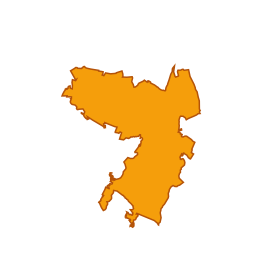 Suplac, Mures, Romania, rotated 34°
{"feature_id": "2599482B50332129802710", "entity_name": "Suplac", "entity_type": "district", "adm_level": 2, "iso_a3": "ROU", "parent_name": "Romania", "parent_adm1": "Mures", "projection": "orthographic", "projection_center": [24.521, 46.387], "detail": "fine", "context": "isolated", "style": "filled", "palette": "amber", "viewbox_px": 256, "rotation_deg": 34, "n_neighbors": 0, "source": "geoboundaries", "source_scale": "gbopen_adm2", "svg_char_len": 5980}
<svg xmlns="http://www.w3.org/2000/svg" viewBox="0 0 256 256"><g transform="rotate(34 128 128)"><path d="M207.6,191.3L207.4,190.9L206.6,190.7L207.3,188.2L205.6,183.9L202.1,180.3L201.1,177.5L200.6,176.8L200.5,175.9L200.8,174.6L200.4,173.3L200.8,170.6L200.4,163.5L199.9,162.1L197.9,159.6L197.5,157.7L196.7,155.8L196.6,152.8L197.5,150.5L199.5,150.3L201.3,149.2L201.5,148.1L202.8,146.4L204.3,142.1L198.6,141.0L196.9,139.3L196.1,136.8L196.3,135.5L194.9,133.6L195.2,132.3L194.4,131.4L195.5,127.1L194.5,124.9L193.1,123.6L191.1,122.7L190.5,122.8L189.6,124.5L188.8,124.5L188.6,123.8L187.7,123.6L187.2,122.4L187.1,119.9L187.0,119.4L187.6,119.5L188.5,120.8L188.6,120.6L188.7,119.6L187.9,118.1L188.3,117.5L189.2,117.8L191.9,117.6L194.7,118.8L196.9,118.9L197.1,118.5L196.9,112.9L194.3,113.0L193.5,110.5L193.3,110.1L192.8,110.0L191.4,102.5L189.1,102.7L187.1,102.1L181.2,102.0L179.8,102.8L178.7,104.6L177.8,105.1L177.2,105.1L176.6,104.6L176.7,103.3L176.5,103.1L174.9,103.6L174.8,103.0L174.4,102.8L171.9,103.3L172.2,101.7L173.6,99.7L172.8,98.9L171.0,101.1L170.1,99.1L168.9,97.0L168.1,96.3L166.8,94.0L165.8,92.9L164.9,90.0L165.0,88.8L167.3,87.4L168.6,87.6L169.5,87.4L171.7,88.6L172.7,86.4L176.1,81.2L177.6,78.7L178.0,77.1L179.6,75.7L178.9,75.4L178.1,74.5L178.2,74.2L177.7,73.4L177.9,73.1L176.9,72.6L176.4,72.1L171.9,65.6L168.9,63.1L165.1,59.4L162.3,58.2L161.1,56.9L158.3,54.9L150.6,50.6L145.6,45.8L142.2,48.8L140.8,48.5L140.1,49.2L139.2,50.7L137.1,52.2L137.6,53.7L140.7,56.5L140.7,56.8L139.1,59.1L138.3,59.0L134.4,55.9L131.8,50.5L131.6,53.1L131.7,54.1L133.1,56.5L133.4,59.5L135.2,65.3L136.2,69.2L136.6,69.9L136.7,72.0L137.1,73.7L138.1,75.8L138.1,76.1L137.9,76.5L136.2,76.9L136.0,77.3L134.2,77.9L132.2,78.0L129.8,77.5L129.2,77.8L128.9,77.6L125.9,77.5L121.5,78.1L121.1,77.4L120.6,77.3L119.2,77.4L119.0,78.1L118.7,77.5L118.4,77.6L118.4,78.4L118.0,77.6L118.1,78.5L117.9,79.3L114.8,79.2L114.4,80.7L112.0,84.7L111.9,85.6L112.1,87.2L111.4,89.3L111.0,90.1L110.1,90.8L108.0,89.0L105.3,87.6L104.9,86.8L103.8,83.9L102.8,83.2L98.6,86.6L95.0,88.8L94.9,88.0L93.5,86.1L91.1,84.1L87.4,88.8L87.5,89.4L83.3,92.8L78.6,94.9L78.7,98.1L77.0,98.5L76.9,97.2L75.9,95.3L71.8,97.2L71.5,96.6L63.9,100.1L60.0,101.6L58.5,101.7L57.6,101.3L56.8,102.0L56.6,102.7L56.7,103.0L56.5,103.9L56.1,104.2L56.1,104.7L52.8,106.7L52.1,106.4L50.9,107.0L50.2,108.9L48.4,112.7L57.7,117.4L58.0,116.7L58.1,117.6L57.8,117.7L57.9,118.1L54.9,119.0L56.2,121.7L57.9,123.5L59.9,126.7L58.0,127.3L56.4,125.5L55.4,126.8L55.5,127.6L56.1,128.7L55.6,129.5L56.2,130.2L55.7,130.0L55.5,129.2L54.6,130.0L54.8,130.5L54.3,131.0L54.8,132.0L54.6,133.1L55.0,136.6L55.4,138.3L59.5,135.4L59.8,136.4L63.7,133.8L64.5,135.1L64.0,135.8L64.8,136.1L65.3,138.2L66.1,139.1L67.0,139.5L68.4,139.7L71.2,138.6L73.5,139.0L74.0,139.5L74.2,140.4L75.4,141.1L76.2,140.8L76.7,140.0L80.0,137.4L83.1,138.8L83.6,140.9L80.8,141.4L80.9,141.8L81.6,142.0L83.3,141.8L85.4,143.0L87.7,143.6L88.1,143.1L89.4,143.8L90.3,142.5L88.2,141.3L94.5,141.2L106.2,140.5L107.7,140.8L108.2,141.2L108.5,140.9L108.3,140.7L109.0,140.3L107.8,138.6L106.7,139.5L105.4,138.2L106.3,137.1L105.8,136.5L116.1,134.3L118.4,133.4L119.5,138.2L119.9,138.8L122.6,137.6L123.4,137.5L123.5,135.9L123.8,135.6L125.3,135.5L127.2,142.0L131.0,140.3L131.9,137.3L134.4,136.3L135.2,134.7L135.4,133.7L136.4,133.3L137.3,132.0L138.3,131.8L138.9,130.9L139.6,130.7L140.2,129.9L141.4,129.0L141.5,127.0L142.1,126.7L143.6,128.7L144.0,130.5L143.8,128.6L144.8,128.3L145.8,128.6L146.2,129.0L146.5,129.9L146.2,130.5L146.2,131.9L146.7,132.3L148.2,135.8L148.0,136.6L147.7,136.7L147.1,135.1L147.0,134.8L146.8,135.1L146.8,136.2L147.3,138.1L147.0,143.9L147.5,144.4L149.0,143.4L149.9,143.4L150.8,144.7L149.6,148.3L149.7,148.9L149.5,149.8L149.1,150.5L147.1,151.9L144.4,152.6L143.6,158.5L145.8,159.7L148.7,162.2L149.0,163.1L148.6,167.0L149.3,168.2L149.8,170.0L149.8,173.3L148.8,175.1L146.5,177.7L145.8,179.0L145.2,178.0L144.3,178.0L144.6,177.6L141.8,178.4L141.5,178.3L141.3,178.0L141.6,177.3L142.8,176.8L142.6,176.4L141.6,176.2L139.9,177.2L140.1,176.2L139.8,176.2L139.3,176.9L138.8,175.3L139.7,174.4L139.8,174.2L139.5,173.8L139.6,174.3L138.2,175.2L138.6,176.2L138.6,176.9L139.1,177.4L139.6,177.8L141.1,178.1L142.0,179.5L142.3,179.4L142.2,179.1L143.6,178.7L144.8,179.1L144.6,179.6L143.5,180.1L142.2,180.1L143.0,181.2L143.8,181.7L143.5,182.3L145.8,182.1L146.1,183.1L145.8,183.6L144.1,184.3L144.1,184.9L144.6,185.0L144.9,185.5L144.8,186.4L143.6,186.3L143.2,187.6L143.3,188.0L144.1,188.3L144.9,188.1L146.1,188.4L146.2,188.9L142.6,189.6L143.2,191.6L143.9,197.5L145.5,197.5L145.5,198.6L145.0,198.3L144.9,198.8L145.3,199.5L145.4,202.5L146.0,203.1L146.1,204.1L145.7,204.2L145.3,205.3L145.4,206.1L146.1,206.0L150.6,208.9L153.7,210.2L154.7,208.5L154.8,207.9L154.7,206.5L153.8,204.7L153.8,202.8L153.2,201.8L151.8,200.9L152.7,200.3L153.4,199.4L153.9,196.2L153.7,195.4L152.8,194.2L151.9,193.1L152.1,189.8L151.0,187.8L154.2,186.4L161.3,186.8L161.9,186.5L163.3,187.1L164.1,187.0L164.7,187.6L166.2,187.5L166.8,187.8L168.0,187.7L169.4,188.5L173.2,189.1L175.2,189.7L175.2,190.3L175.5,189.6L175.5,190.3L175.6,189.9L176.0,189.9L176.1,190.4L177.7,191.8L177.4,193.2L175.6,194.4L179.5,195.7L179.3,196.0L180.2,196.9L180.3,197.7L179.4,198.3L178.6,198.0L177.5,199.1L177.0,198.7L174.8,198.6L175.0,198.1L174.0,198.3L174.7,198.7L174.6,199.4L174.9,199.8L174.7,200.0L174.8,201.2L175.4,200.9L175.6,201.3L174.9,201.7L175.0,202.0L175.5,201.8L175.7,202.6L175.8,202.4L176.2,202.8L175.9,203.1L176.4,203.2L176.3,203.3L176.7,203.7L177.4,203.0L177.9,203.1L179.3,202.7L180.9,203.1L181.0,202.6L181.6,202.8L181.5,203.5L181.2,203.8L181.6,203.8L181.7,204.4L184.8,205.4L185.0,204.7L184.7,204.6L184.8,203.9L185.3,204.2L186.1,204.9L186.3,205.9L184.6,206.5L184.2,207.3L184.7,208.3L185.0,207.8L184.9,207.3L185.6,207.7L187.4,207.6L187.7,206.0L186.3,203.8L185.1,203.0L184.1,201.3L185.3,200.1L185.4,198.8L185.0,197.9L185.4,195.2L185.0,194.9L184.8,194.3L184.3,194.6L183.5,194.1L183.0,194.5L183.0,193.8L201.6,190.0L205.8,190.5L207.1,191.3L207.6,191.3Z" fill="#f59e0b" stroke="#b45309" stroke-width="1.5"/></g></svg>